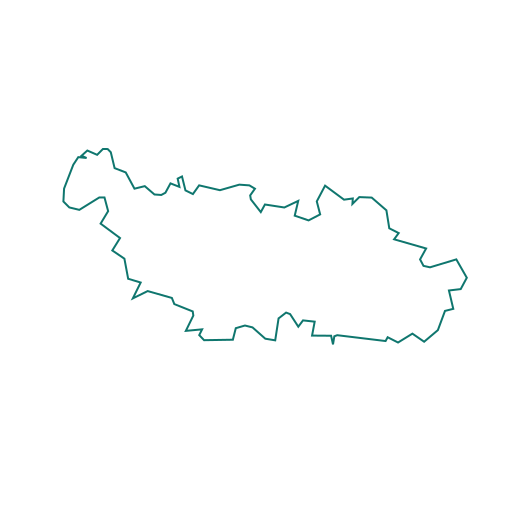 outline of Walloon Brabant, rotated 22°
{"feature_id": "BEL-3482", "entity_name": "Walloon Brabant", "entity_type": "Province", "adm_level": 1, "iso_a3": "BEL", "parent_name": "Belgium", "parent_adm1": "", "projection": "orthographic", "projection_center": [4.525, 50.668], "detail": "fine", "context": "isolated", "style": "outline", "palette": "teal", "viewbox_px": 512, "rotation_deg": 22, "n_neighbors": 0, "source": "natural_earth", "source_scale": "10m", "svg_char_len": 1395}
<svg xmlns="http://www.w3.org/2000/svg" viewBox="0 0 512 512"><g transform="rotate(22 256 256)"><path d="M56.7,228.4L60.1,221.4L70.8,221.7L74.0,214.1L78.4,212.4L82.5,214.2L92.0,227.5L103.9,227.3L118.1,239.1L126.7,232.9L138.8,237.0L145.3,234.9L148.3,231.3L149.5,220.7L159.1,220.6L154.4,213.6L157.6,210.0L166.0,221.6L174.3,222.2L176.8,211.8L197.9,208.5L213.8,196.1L223.4,193.0L229.8,194.0L227.9,202.0L230.0,205.4L244.0,213.5L245.0,204.9L264.1,200.4L274.5,189.1L276.8,204.1L291.4,203.3L299.9,193.4L291.9,182.6L293.7,164.9L316.5,170.8L324.2,166.4L325.9,171.6L329.7,162.7L341.4,158.5L359.8,164.8L369.2,180.4L379.7,181.3L377.8,188.8L410.9,185.3L409.4,197.7L415.0,202.4L421.6,201.3L443.0,184.1L459.6,197.2L458.2,210.0L447.8,215.7L458.7,231.1L451.8,236.1L452.4,256.6L444.0,272.5L430.1,269.4L420.1,283.0L408.5,282.0L408.0,286.3L361.0,299.0L358.7,301.1L360.5,309.1L355.5,301.8L337.8,308.8L335.0,294.9L323.7,298.1L321.7,305.7L309.4,297.1L305.1,297.2L300.3,305.4L305.4,327.0L295.6,329.2L279.5,323.5L271.8,324.6L264.3,330.5L265.9,342.3L239.4,353.5L233.0,350.6L233.5,344.2L219.0,351.7L220.2,334.7L218.1,331.1L198.3,331.2L193.7,326.4L168.7,329.1L157.7,341.4L159.0,323.8L146.0,325.0L135.0,307.8L120.7,304.7L123.2,290.3L99.8,284.2L102.1,269.8L93.6,258.5L88.8,260.4L74.9,279.4L64.7,280.9L57.0,277.6L52.8,265.4L52.4,239.8L54.2,230.9L62.2,228.6L56.7,228.4Z" fill="none" stroke="#0f766e" stroke-width="2"/></g></svg>